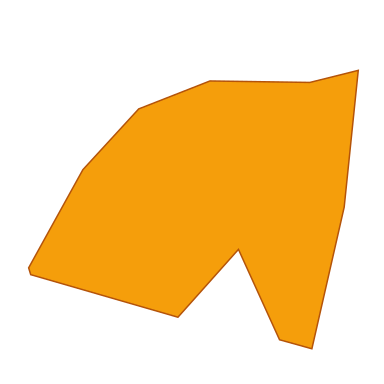 Ngardmau, Equal Earth projection, rotated 7°
{"feature_id": "PLW-5253", "entity_name": "Ngardmau", "entity_type": "state/province", "adm_level": 1, "iso_a3": "PLW", "parent_name": "Palau", "parent_adm1": "", "projection": "equal_earth", "projection_center": [134.587, 7.599], "detail": "fine", "context": "isolated", "style": "filled", "palette": "amber", "viewbox_px": 384, "rotation_deg": 7, "n_neighbors": 0, "source": "natural_earth", "source_scale": "10m", "svg_char_len": 318}
<svg xmlns="http://www.w3.org/2000/svg" viewBox="0 0 384 384"><g transform="rotate(7 192 192)"><path d="M42.0,293.7L39.1,287.2L81.0,183.1L129.0,116.0L196.3,79.6L295.6,68.9L342.2,51.0L344.9,188.5L330.1,333.0L296.9,328.0L245.1,243.3L193.3,318.0L42.0,293.7Z" fill="#f59e0b" stroke="#b45309" stroke-width="1.5"/></g></svg>